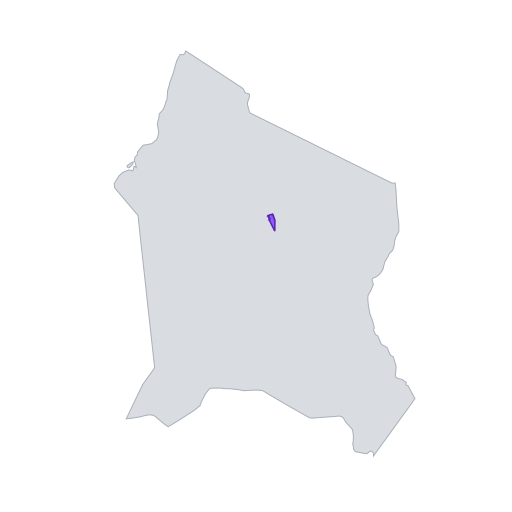 Gichugu, Central, Kenya shown in context, rotated 174°
{"feature_id": "3690345B12290008452347", "entity_name": "Gichugu", "entity_type": "district", "adm_level": 2, "iso_a3": "KEN", "parent_name": "Kenya", "parent_adm1": "Central", "projection": "robinson", "projection_center": [37.366, -0.358], "detail": "fine", "context": "in_parent", "style": "filled", "palette": "violet", "viewbox_px": 512, "rotation_deg": 174, "n_neighbors": 0, "source": "geoboundaries", "source_scale": "gbopen_adm2", "svg_char_len": 4111}
<svg xmlns="http://www.w3.org/2000/svg" viewBox="0 0 512 512"><g transform="rotate(174 256 256)"><path d="M110.0,314.1L109.9,307.1L110.8,289.1L110.6,273.3L111.4,265.4L114.9,260.4L116.5,256.7L117.6,251.6L119.4,247.5L123.5,244.1L124.3,242.3L128.6,236.6L131.2,229.4L133.2,226.9L135.6,224.6L137.3,223.4L140.2,222.2L142.4,221.6L142.8,221.0L143.0,219.8L142.3,215.3L143.2,213.8L144.7,210.8L146.5,208.0L148.0,206.3L148.9,204.4L149.3,201.3L149.4,199.0L149.4,195.4L148.9,187.1L147.0,180.1L145.9,172.3L146.8,169.8L145.3,165.2L144.6,164.9L143.4,163.9L141.9,159.7L140.8,155.7L140.1,154.7L135.2,151.3L132.7,143.2L130.0,141.4L128.5,133.4L128.2,131.1L129.8,123.0L129.7,121.2L128.0,119.5L123.4,117.8L119.7,114.5L120.2,113.3L120.4,112.1L118.5,111.3L112.8,97.6L120.1,89.3L127.6,81.0L137.1,70.4L145.8,60.7L153.4,52.3L160.1,44.8L159.9,46.3L160.0,48.2L160.8,49.3L162.2,50.1L164.1,49.3L165.8,48.1L167.4,47.9L177.5,51.0L179.2,53.7L179.1,56.6L179.5,58.7L178.8,60.9L177.9,67.3L178.2,73.2L181.2,77.6L183.9,81.0L186.1,85.8L187.6,87.3L189.8,88.1L196.8,88.3L207.1,88.6L217.0,88.9L217.9,89.0L220.0,89.7L229.1,96.2L237.4,102.1L244.5,107.3L251.3,112.3L258.0,117.2L263.2,121.3L268.3,122.5L276.5,123.1L282.3,123.3L287.6,125.0L295.4,126.6L301.3,127.4L304.9,128.3L314.7,129.3L316.3,128.7L320.7,124.2L325.5,116.9L327.4,112.9L333.7,108.9L344.7,103.3L352.5,99.4L361.2,95.4L365.1,98.8L370.5,104.3L373.0,107.1L374.9,108.3L377.9,109.1L381.4,109.1L383.4,108.9L387.4,108.2L396.8,107.6L402.1,107.6L397.6,114.9L392.2,123.7L382.3,139.8L374.8,148.3L369.0,154.7L368.5,155.9L368.5,163.0L368.6,180.5L368.8,215.4L368.9,250.4L369.1,285.3L369.1,302.8L369.1,308.7L374.1,316.0L379.0,323.2L385.5,332.7L389.0,337.8L389.5,339.5L389.4,342.9L384.0,350.0L379.6,353.2L373.8,354.8L372.0,354.5L369.7,353.5L368.8,355.2L368.1,357.8L366.8,357.3L365.8,356.5L366.4,361.2L367.0,363.6L366.1,366.7L363.3,369.5L363.0,371.8L356.8,377.9L348.0,378.6L343.4,381.6L341.4,384.1L339.8,389.5L340.3,397.8L337.9,404.2L337.4,407.4L332.9,411.5L330.9,415.3L329.4,419.2L328.1,420.9L326.6,429.6L324.5,434.8L323.9,436.6L323.4,438.2L321.7,441.3L320.7,443.4L319.9,444.8L314.5,458.3L310.4,464.4L307.1,463.7L304.9,466.0L304.7,467.2L303.5,466.5L300.8,464.3L295.2,459.7L289.6,455.1L284.0,450.6L278.4,446.0L272.7,441.4L267.1,436.8L261.5,432.2L255.9,427.6L252.6,425.0L251.1,423.4L250.0,420.2L249.4,419.4L247.9,418.4L246.2,418.2L245.7,417.6L245.7,416.1L246.3,413.9L248.4,409.7L248.6,407.2L248.2,404.4L247.5,399.9L247.0,398.9L243.3,396.5L235.5,391.6L227.7,386.6L219.8,381.7L212.0,376.8L204.2,371.8L196.4,366.9L188.6,362.0L180.8,357.0L173.0,352.1L165.2,347.2L157.4,342.2L149.6,337.3L141.8,332.4L134.0,327.4L126.2,322.5L118.4,317.6L115.4,315.7L112.8,314.1L110.0,314.1ZM369.6,362.1L368.3,362.5L369.0,360.1L373.0,357.0L374.6,357.7L374.9,358.4L374.9,359.0L374.2,359.7L369.6,362.1Z" fill="#d9dde1" stroke="#a8b0b8" stroke-width="1"/><path d="M239.8,294.9L239.7,294.7L239.8,294.6L239.7,294.6L239.7,294.4L239.5,294.2L239.4,294.2L239.2,294.1L239.2,293.9L239.1,293.7L239.0,293.4L239.0,293.2L239.1,292.9L239.0,292.7L238.9,292.6L239.0,292.6L238.9,292.5L239.0,292.5L238.9,292.4L239.0,292.3L239.0,292.2L239.0,291.9L239.1,291.7L239.0,291.4L239.1,291.2L238.9,291.0L238.9,290.9L239.0,290.8L238.9,290.8L238.9,290.7L239.0,290.7L238.9,290.7L239.0,290.6L239.0,290.4L239.0,290.2L238.9,290.0L237.6,286.5L237.4,285.9L235.9,282.0L234.7,278.8L233.4,289.7L233.5,289.8L233.5,290.0L233.6,290.3L233.7,290.5L233.8,290.5L233.9,290.8L234.0,290.8L234.0,291.0L233.9,291.0L233.9,291.3L233.9,291.5L234.0,291.5L234.1,291.8L234.1,292.0L234.1,292.3L234.1,292.5L234.1,292.8L234.3,293.0L234.4,293.3L234.5,293.3L234.5,293.5L234.6,293.8L234.6,294.0L234.7,294.3L234.6,294.5L234.8,294.5L234.8,294.8L234.9,295.0L235.0,295.1L235.2,295.3L235.3,295.4L235.3,295.5L235.2,295.6L235.2,295.8L235.2,296.0L235.3,296.0L235.4,295.9L235.5,295.9L235.8,295.8L235.8,295.7L236.0,295.7L236.3,295.6L236.5,295.6L236.8,295.6L237.0,295.6L237.3,295.6L237.5,295.4L237.8,295.3L238.0,295.3L238.3,295.3L238.5,295.4L238.8,295.2L239.0,295.0L239.0,294.9L239.3,294.9L239.4,295.0L239.5,295.0L239.6,294.9L239.8,294.9L239.8,294.9Z" fill="#8b5cf6" stroke="#5b21b6" stroke-width="1.5"/></g></svg>